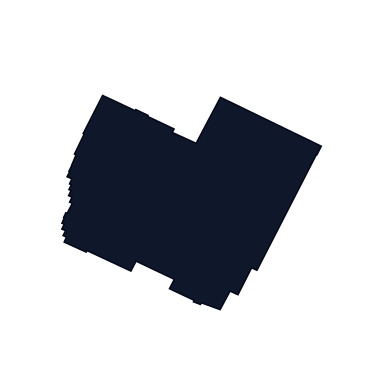 Olavarría, Buenos Aires, Argentina (Robinson projection), rotated 161°
{"feature_id": "61730980B42812082725449", "entity_name": "Olavarría", "entity_type": "district", "adm_level": 2, "iso_a3": "ARG", "parent_name": "Argentina", "parent_adm1": "Buenos Aires", "projection": "robinson", "projection_center": [-60.4, -36.859], "detail": "fine", "context": "isolated", "style": "filled", "palette": "ink", "viewbox_px": 384, "rotation_deg": 161, "n_neighbors": 0, "source": "geoboundaries", "source_scale": "gbopen_adm2", "svg_char_len": 938}
<svg xmlns="http://www.w3.org/2000/svg" viewBox="0 0 384 384"><g transform="rotate(161 192 192)"><path d="M54.8,193.2L134.3,272.3L136.4,270.3L172.3,236.7L191.2,254.7L188.4,257.4L209.4,277.9L208.6,278.7L218.3,288.3L219.3,287.4L238.7,306.3L245.1,312.4L275.9,282.7L275.1,281.9L290.8,266.1L289.5,265.0L297.5,256.0L297.7,255.6L301.7,251.6L301.1,251.0L305.2,247.1L301.3,243.6L305.2,239.5L303.7,238.2L307.6,234.3L305.9,232.7L309.9,228.7L307.2,226.2L311.1,222.2L309.2,220.6L309.3,219.9L312.9,216.3L313.0,216.4L316.9,212.5L318.0,213.5L321.8,209.6L321.3,209.1L325.2,204.8L323.3,203.2L327.2,199.3L324.1,196.6L328.1,192.8L325.5,190.3L329.2,186.2L311.6,169.6L310.4,170.8L298.5,159.3L298.4,159.2L275.5,137.1L267.4,144.8L237.2,115.2L244.8,107.9L225.2,88.8L226.4,87.7L220.6,82.9L219.4,84.3L203.7,71.6L188.3,85.9L182.0,79.9L160.3,100.9L156.1,96.8L87.1,163.0L62.2,186.9L61.8,186.5L54.8,193.2Z" fill="#0f172a" stroke="#020617" stroke-width="1.5"/></g></svg>